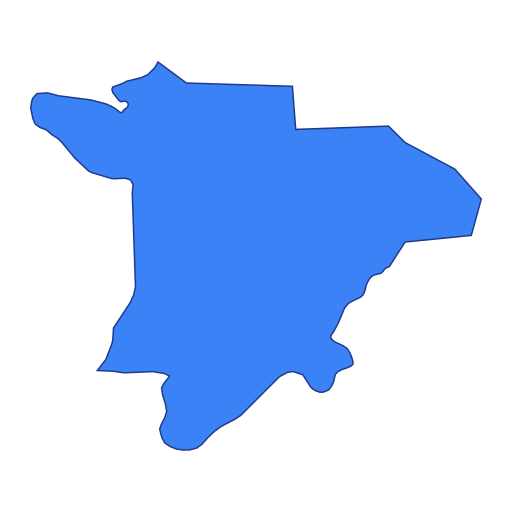 map outline of Santo Domingo de los Tsáchilas (Albers equal-area conic projection)
{"feature_id": "ECU-5508", "entity_name": "Santo Domingo de los Tsáchilas", "entity_type": "Province", "adm_level": 1, "iso_a3": "ECU", "parent_name": "Ecuador", "parent_adm1": "", "projection": "albers", "projection_center": [-79.253, -0.324], "detail": "fine", "context": "isolated", "style": "filled", "palette": "blue", "viewbox_px": 512, "rotation_deg": 0, "n_neighbors": 0, "source": "natural_earth", "source_scale": "10m", "svg_char_len": 1801}
<svg xmlns="http://www.w3.org/2000/svg" viewBox="0 0 512 512"><path d="M389.2,266.8L386.2,267.8L384.3,269.5L382.8,271.6L380.7,273.4L375.0,274.7L372.7,275.7L370.1,277.9L367.9,281.5L366.2,285.2L365.3,289.4L364.1,292.9L362.5,295.5L360.1,297.4L351.4,301.5L349.0,302.9L346.8,305.2L344.5,308.2L338.1,323.4L333.4,332.1L331.2,335.0L330.7,337.4L331.9,339.6L334.8,341.9L343.5,345.9L347.5,349.0L350.0,353.1L351.8,357.5L352.9,361.4L353.0,364.2L351.0,366.1L347.5,367.7L341.5,369.7L337.7,371.8L335.3,374.4L333.6,381.9L331.6,386.0L328.8,389.9L323.5,392.1L319.7,392.2L315.8,390.8L312.6,388.9L310.7,387.0L302.8,374.8L293.3,371.6L287.8,372.2L279.4,376.7L240.8,415.3L235.1,419.1L221.4,426.3L214.6,431.2L207.6,437.8L202.0,444.2L196.8,448.0L189.7,449.9L182.9,450.0L176.3,449.0L170.1,446.5L164.9,443.0L162.3,438.6L160.9,434.2L159.7,429.1L161.2,424.6L164.7,417.7L166.7,411.5L165.4,403.8L162.7,395.2L161.5,388.0L164.1,383.1L167.3,379.2L169.4,376.0L164.3,373.5L152.7,371.6L124.2,372.8L112.7,371.2L97.3,370.5L105.9,359.4L111.8,344.1L112.8,339.9L113.5,328.0L130.4,302.3L133.8,294.5L135.5,286.8L132.3,193.4L133.1,184.7L130.6,180.0L126.0,178.4L122.3,178.3L113.9,178.8L110.5,178.2L92.0,172.7L88.6,171.0L75.1,158.4L61.6,142.1L57.7,138.4L51.2,134.2L46.6,130.0L43.6,128.7L39.9,127.5L35.2,124.0L32.8,118.3L30.7,107.8L31.6,101.9L32.7,98.3L36.9,93.6L47.5,92.9L58.7,95.8L90.5,99.9L105.7,103.8L111.1,106.2L115.1,108.5L120.3,112.5L121.8,112.7L123.4,110.5L125.2,108.8L127.7,107.1L128.3,103.9L127.1,102.1L125.0,101.1L123.3,101.3L121.8,101.7L120.3,101.5L118.5,100.0L112.9,92.7L111.9,89.3L112.8,87.0L122.2,83.6L126.8,81.2L141.1,77.7L147.7,74.7L154.8,67.7L158.0,62.0L186.4,83.0L292.4,86.3L295.7,129.4L388.5,126.1L405.1,142.6L454.8,169.1L481.3,199.0L471.3,235.4L405.1,242.0L389.2,266.8Z" fill="#3b82f6" stroke="#1e3a8a" stroke-width="1.5"/></svg>